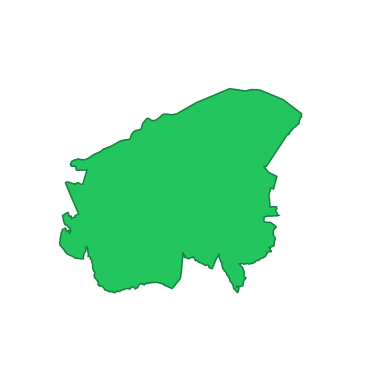 the district of Bucov, Prahova, Romania, rotated 137°
{"feature_id": "2599482B21146136676723", "entity_name": "Bucov", "entity_type": "district", "adm_level": 2, "iso_a3": "ROU", "parent_name": "Romania", "parent_adm1": "Prahova", "projection": "equal_earth", "projection_center": [26.112, 44.989], "detail": "fine", "context": "isolated", "style": "filled", "palette": "green", "viewbox_px": 384, "rotation_deg": 137, "n_neighbors": 0, "source": "geoboundaries", "source_scale": "gbopen_adm2", "svg_char_len": 6030}
<svg xmlns="http://www.w3.org/2000/svg" viewBox="0 0 384 384"><g transform="rotate(137 192 192)"><path d="M259.3,296.5L262.2,295.0L261.7,294.2L262.7,293.5L262.7,293.2L259.6,290.2L261.7,286.8L253.8,279.7L266.5,272.3L267.9,273.5L268.2,274.0L268.4,275.2L268.8,275.6L268.8,276.1L269.3,276.8L270.1,277.3L270.6,277.4L271.5,277.0L271.9,276.9L272.1,277.2L272.4,278.3L272.6,278.7L273.5,279.4L275.2,283.1L275.7,283.4L276.5,284.7L277.4,285.0L278.3,285.0L279.0,283.2L281.0,277.7L282.0,275.4L288.3,257.6L288.8,256.7L288.9,256.1L290.0,253.2L293.6,254.5L293.8,254.4L293.8,254.1L294.3,253.3L294.7,253.7L298.2,254.9L297.6,255.6L296.8,256.6L298.1,257.6L297.8,258.0L298.4,258.4L297.8,259.0L296.6,261.5L298.2,262.3L302.8,263.0L304.8,259.6L305.6,258.4L306.9,255.7L307.0,255.0L306.9,254.3L306.4,253.3L306.2,251.5L306.4,250.0L305.8,249.7L305.5,249.2L306.1,248.6L306.7,247.1L307.3,246.2L307.7,246.2L308.9,245.5L309.7,245.5L308.1,247.9L308.7,248.3L310.4,248.6L309.5,251.1L309.3,252.0L312.5,252.9L313.6,252.1L315.6,251.2L318.5,248.8L319.9,248.1L321.6,246.3L323.4,245.1L324.3,244.1L324.7,243.3L324.7,241.4L325.0,239.4L324.9,237.5L325.3,236.3L325.5,234.2L325.6,232.0L325.3,231.5L325.1,230.6L324.3,228.5L323.2,226.4L322.6,223.5L322.3,223.0L318.2,218.3L317.0,217.1L315.7,218.8L314.7,219.3L314.6,219.5L313.9,219.7L313.6,220.1L313.5,220.5L310.1,221.2L307.0,223.8L306.5,223.5L306.3,222.9L306.5,222.5L307.7,221.2L307.7,220.9L309.5,218.4L310.1,217.2L311.9,215.8L311.4,215.4L311.0,214.9L310.8,214.1L311.1,213.3L311.8,212.9L311.9,211.4L311.9,210.5L313.1,209.1L313.6,207.7L314.3,206.6L316.1,204.6L317.6,202.0L317.6,201.5L317.9,200.7L317.8,200.3L317.7,199.8L318.8,198.5L319.8,198.1L320.2,198.2L320.9,196.7L321.3,196.1L321.7,195.9L321.4,195.1L321.6,194.0L321.6,192.6L321.8,191.5L322.1,191.2L322.0,190.4L322.3,189.8L322.9,189.0L323.9,188.5L324.0,187.8L323.7,187.4L324.0,186.5L323.6,186.0L322.7,185.6L322.2,184.7L321.9,181.6L322.6,180.1L321.6,178.2L321.0,177.6L321.0,177.3L321.1,176.6L320.4,176.0L319.9,174.6L318.7,174.0L318.5,173.7L318.3,173.4L318.4,172.9L317.6,172.0L317.3,170.9L316.1,170.8L315.2,171.1L314.6,170.6L314.2,170.0L313.6,169.7L313.3,169.1L312.8,168.5L311.9,168.6L310.8,168.1L309.4,168.0L308.1,166.8L306.2,166.6L305.8,166.0L304.9,165.3L304.5,164.7L304.2,163.8L303.5,163.4L302.9,163.3L302.4,163.6L301.9,163.5L301.5,163.7L300.3,163.4L299.6,162.2L299.6,161.4L299.5,159.7L298.2,159.7L297.4,159.2L296.9,159.5L295.9,159.4L295.6,159.5L294.8,160.3L294.5,160.4L292.0,160.0L291.5,159.2L291.3,158.5L290.2,157.7L290.5,157.0L290.4,156.7L288.9,156.8L288.2,156.4L287.4,156.6L287.3,156.4L287.3,155.8L286.7,155.2L285.7,155.2L285.7,154.8L283.4,153.3L279.7,150.2L278.7,149.1L275.4,143.6L276.0,143.4L272.4,134.9L260.4,136.5L259.4,136.9L253.7,141.3L240.3,153.5L240.2,153.3L240.2,152.8L240.9,151.3L240.6,150.7L240.7,150.3L240.9,150.1L241.8,150.1L242.1,149.5L241.6,148.8L241.5,148.2L240.4,146.9L240.2,145.6L240.0,145.3L238.5,145.1L238.0,144.7L236.6,144.4L236.2,144.2L236.2,143.6L235.2,143.2L235.5,142.4L235.5,142.0L235.8,141.2L235.8,140.8L236.0,140.5L235.9,140.2L236.2,139.6L236.1,139.1L235.6,138.9L234.9,138.2L234.9,137.9L235.1,137.8L234.9,136.3L235.0,135.8L234.1,134.7L232.6,130.4L232.5,129.7L232.2,129.1L230.2,127.9L230.0,126.8L230.7,125.8L230.8,125.3L230.9,124.3L230.7,123.8L230.1,123.4L229.5,122.2L219.0,126.9L218.5,126.8L216.1,127.6L214.4,128.7L214.9,127.8L216.0,126.6L216.3,126.4L216.9,125.2L217.9,122.6L218.5,121.6L218.7,121.1L218.6,119.5L220.1,118.0L220.7,116.5L221.7,115.1L221.8,113.5L221.9,113.0L222.0,111.9L221.9,110.1L222.2,109.3L223.0,107.8L223.1,106.7L223.0,105.9L223.8,102.6L225.0,100.8L224.9,99.3L225.1,98.6L225.1,97.1L225.6,95.9L227.3,93.0L227.3,87.5L226.0,87.6L225.0,88.4L223.4,89.5L223.3,89.8L223.6,92.3L223.6,92.6L223.3,92.6L222.2,90.7L221.6,90.2L219.4,88.9L218.7,88.8L215.7,91.1L214.0,92.1L212.8,91.8L211.1,92.4L211.2,93.1L211.6,94.0L211.2,95.2L210.8,95.9L209.6,96.6L208.5,97.8L207.9,98.8L206.7,102.1L206.6,103.1L206.8,103.8L206.6,105.0L206.7,106.4L206.6,107.2L206.5,107.3L205.6,106.8L204.7,105.7L203.8,105.0L203.4,104.0L199.9,101.5L199.5,100.3L198.0,99.8L196.8,98.7L193.7,97.7L191.8,98.0L191.2,97.8L190.2,96.6L189.8,96.4L188.5,96.6L185.9,96.1L185.1,95.7L184.9,95.3L183.9,95.4L182.4,94.9L178.8,95.9L178.5,96.1L178.4,96.8L178.2,96.9L178.0,96.7L177.9,96.2L176.6,96.0L175.9,95.1L175.1,94.5L174.8,94.4L174.2,94.8L174.5,95.8L174.5,96.2L174.1,96.8L173.0,97.8L173.4,98.2L173.6,98.7L173.4,98.9L172.9,98.7L171.9,98.0L168.9,96.8L168.2,96.9L167.9,97.7L167.6,98.1L166.4,98.7L165.3,99.9L163.7,100.4L163.2,100.7L162.3,102.1L162.0,104.0L161.6,105.3L161.0,106.2L159.7,107.5L158.5,108.3L157.2,108.7L156.1,108.9L154.6,108.8L154.2,109.4L154.2,110.6L155.2,115.5L155.6,116.6L157.1,117.9L157.9,118.9L158.9,119.7L159.3,120.3L159.3,121.6L158.8,122.1L156.6,124.3L154.4,123.5L152.9,122.7L150.2,120.0L148.8,119.1L146.3,116.8L144.5,115.7L144.7,116.5L144.0,119.6L143.9,120.4L143.7,120.9L143.4,121.3L142.8,121.8L141.5,121.8L140.3,123.4L142.4,125.9L145.1,127.7L137.8,137.3L131.9,141.2L130.3,138.6L119.3,145.5L122.1,152.9L122.7,154.6L121.9,161.4L120.0,160.0L82.5,169.1L82.2,168.2L81.5,168.1L81.1,168.2L80.7,168.7L80.1,168.9L74.4,169.5L71.8,169.2L68.5,169.3L67.3,169.1L66.8,169.4L65.5,170.4L62.5,172.1L61.3,172.4L60.6,172.3L58.4,174.8L59.1,178.4L62.5,197.7L72.7,220.0L75.4,223.4L76.3,223.9L77.1,224.7L78.1,226.0L81.3,228.0L83.8,229.2L94.0,241.9L128.1,254.5L150.4,259.7L150.8,259.9L151.0,260.4L151.4,260.7L153.1,261.5L154.1,262.2L157.9,266.7L159.9,268.4L161.8,268.7L163.1,268.6L165.5,268.7L168.7,269.1L170.0,269.6L171.5,270.5L172.8,271.9L173.6,275.5L174.2,276.1L174.7,276.3L175.3,276.5L181.2,275.8L183.4,274.6L185.2,273.4L186.8,272.9L187.5,273.0L188.0,273.2L189.4,274.3L191.7,275.5L194.1,275.8L197.1,275.3L198.1,274.8L200.1,273.5L200.9,273.3L201.9,273.4L202.5,273.6L204.4,275.1L208.7,277.8L210.6,278.4L212.3,278.9L217.9,280.1L221.0,281.1L224.3,282.5L227.6,283.7L232.9,284.4L236.6,285.9L241.1,286.9L244.6,287.3L247.6,288.4L248.9,289.0L249.8,290.2L251.3,291.4L252.3,293.4L252.9,294.0L253.4,294.3L254.4,294.4L256.1,295.6L259.3,296.5Z" fill="#22c55e" stroke="#15803d" stroke-width="1.5"/></g></svg>